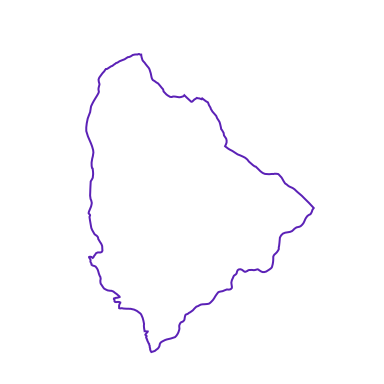 Pinchote, Santander, Colombia, rotated 167°
{"feature_id": "7082276B63332644683042", "entity_name": "Pinchote", "entity_type": "district", "adm_level": 2, "iso_a3": "COL", "parent_name": "Colombia", "parent_adm1": "Santander", "projection": "natural_earth1", "projection_center": [-73.171, 6.512], "detail": "fine", "context": "isolated", "style": "outline", "palette": "violet", "viewbox_px": 384, "rotation_deg": 167, "n_neighbors": 0, "source": "geoboundaries", "source_scale": "gbopen_adm2", "svg_char_len": 5965}
<svg xmlns="http://www.w3.org/2000/svg" viewBox="0 0 384 384"><g transform="rotate(167 192 192)"><path d="M77.0,149.0L77.5,149.9L80.5,155.1L83.8,160.3L85.9,163.7L89.1,168.0L90.2,169.6L91.5,171.6L93.1,173.3L94.7,174.5L96.0,175.5L97.1,176.7L98.1,178.1L99.1,179.1L99.4,179.5L100.3,182.0L100.8,183.8L101.5,186.0L102.6,187.9L103.5,189.5L104.0,190.1L105.2,190.6L107.3,191.2L108.5,191.2L110.0,191.6L112.9,192.0L116.8,193.2L118.4,194.3L119.5,195.4L120.7,196.9L122.7,200.1L124.2,202.4L125.2,202.9L126.6,204.5L127.6,205.9L129.7,208.8L130.8,211.2L132.4,213.3L134.0,214.7L136.6,216.7L139.1,218.4L143.4,222.9L145.3,224.5L146.8,225.9L148.3,227.7L149.1,228.6L149.5,229.2L149.1,229.7L148.4,230.5L147.2,232.4L146.7,234.3L146.7,236.3L148.1,239.9L147.9,242.5L148.8,245.4L149.1,246.1L149.4,246.6L149.3,248.5L149.3,251.8L149.4,253.8L149.9,255.5L150.9,258.2L151.3,260.7L154.0,265.8L155.0,268.9L155.0,270.0L155.9,272.7L156.3,275.7L158.1,277.4L161.0,280.9L161.7,280.2L163.9,281.6L165.2,282.0L166.1,282.6L168.0,281.8L168.7,281.7L171.3,280.1L172.0,280.0L172.5,280.2L175.9,285.2L177.7,288.0L178.1,287.6L179.1,287.2L181.5,287.0L183.2,287.2L187.1,288.8L189.0,289.3L190.3,289.1L191.9,289.6L193.8,291.4L195.0,292.8L197.1,296.4L197.0,297.5L197.2,298.8L198.0,300.2L199.2,302.7L200.6,305.4L202.0,306.7L202.6,307.4L203.5,308.5L205.0,309.9L205.2,310.6L205.5,311.4L205.6,312.9L205.5,316.9L205.8,320.8L206.0,321.9L206.5,323.2L207.0,324.1L208.4,327.0L209.0,328.5L210.3,330.8L210.6,331.7L210.8,334.9L210.7,336.5L210.6,337.3L211.5,337.4L212.1,338.1L212.7,338.4L213.4,338.4L214.0,338.2L214.7,338.4L216.7,338.8L218.9,338.8L221.4,337.9L222.9,337.7L224.3,337.8L227.8,336.5L230.6,336.1L233.2,335.7L235.6,334.8L236.8,334.8L237.8,334.3L239.6,333.6L241.2,332.8L242.4,332.7L244.4,332.0L246.2,331.3L247.3,331.0L248.3,331.2L249.5,330.2L250.4,329.3L252.2,328.1L253.2,327.3L256.3,324.6L257.1,323.7L257.8,322.4L258.0,320.3L257.9,318.8L257.9,317.8L258.3,316.9L258.8,316.0L259.7,314.2L260.1,312.7L260.2,310.6L260.7,309.7L261.8,308.4L263.1,307.0L264.8,305.3L267.4,302.6L268.9,300.9L270.9,298.4L271.1,298.1L271.9,296.2L272.2,295.4L272.8,294.0L273.3,292.7L274.0,291.7L275.4,289.6L277.1,287.0L279.1,282.6L280.5,278.7L281.3,275.2L280.9,269.7L279.5,262.0L279.1,258.9L278.9,255.1L279.2,252.6L280.6,249.1L281.7,247.0L283.1,243.6L283.4,242.5L283.9,240.0L284.0,238.4L283.9,237.5L283.5,237.2L283.9,233.8L284.3,231.7L285.5,228.2L286.3,227.2L288.3,225.1L289.4,221.3L290.5,217.4L291.1,215.1L292.1,211.4L292.4,208.0L292.1,206.6L292.1,205.3L292.1,203.9L292.7,202.4L293.6,200.6L296.8,196.1L297.5,194.7L297.3,194.0L296.6,192.9L296.6,192.1L297.5,190.8L297.8,187.1L298.0,183.4L298.2,179.6L297.8,177.3L296.9,174.3L296.4,172.7L294.7,170.8L294.0,169.6L293.8,168.5L293.9,167.2L293.7,166.7L292.8,163.8L292.2,162.3L291.9,161.1L291.7,159.5L292.5,154.9L293.6,153.8L295.1,153.7L296.4,154.1L297.6,154.3L299.3,153.9L300.4,152.8L301.8,151.7L302.7,150.6L303.6,150.1L304.1,150.6L304.6,151.3L305.9,151.9L306.9,151.8L307.0,151.4L306.2,149.1L306.2,148.3L306.6,147.3L306.6,146.6L306.4,145.7L306.1,145.0L306.1,144.6L306.3,143.8L305.7,143.0L304.8,142.4L303.7,141.8L302.7,141.0L301.8,139.0L301.4,137.6L301.2,135.9L301.1,133.4L300.8,131.1L300.4,129.9L300.5,128.0L301.3,126.1L301.6,124.0L301.5,122.9L301.2,122.3L300.1,119.3L299.4,117.7L298.1,116.5L296.3,115.1L294.3,114.3L292.6,113.8L291.0,112.7L289.6,110.9L288.4,109.6L287.1,107.8L286.1,106.4L286.2,105.9L287.9,105.8L288.5,105.8L290.3,106.0L292.0,105.8L292.2,105.2L291.8,104.6L291.9,103.8L292.1,102.9L291.7,102.2L290.8,101.8L289.0,101.6L287.7,101.2L286.7,100.5L286.8,100.1L287.3,99.7L288.1,98.7L288.7,97.4L289.1,95.2L288.8,95.0L288.1,94.7L286.6,94.6L284.8,93.8L282.4,93.1L278.1,92.0L274.8,90.4L272.4,88.5L269.7,85.3L269.1,84.2L268.4,80.5L268.3,77.7L268.4,74.3L269.0,72.4L269.3,70.2L269.5,67.1L269.3,67.1L268.9,66.9L267.8,66.4L267.1,66.2L266.5,66.1L266.5,65.9L267.7,65.0L269.4,63.7L269.6,63.4L269.1,62.6L268.6,61.8L268.7,61.6L268.8,61.4L269.1,61.3L269.3,61.1L269.4,60.9L269.4,60.6L269.3,59.7L269.1,59.3L269.2,59.0L268.9,58.3L269.0,57.5L269.0,57.2L268.7,56.5L268.7,56.2L268.6,55.8L268.5,55.4L268.4,54.9L268.3,54.2L268.1,54.0L268.0,53.8L268.1,53.7L268.0,53.1L268.0,52.2L267.9,51.8L267.8,51.5L267.9,51.2L268.0,50.9L268.1,50.5L268.1,49.9L268.0,49.4L268.0,48.9L268.1,48.6L268.2,48.0L268.1,47.0L268.1,46.8L268.1,46.7L267.6,45.2L266.0,45.3L264.0,45.5L262.2,46.4L260.5,47.1L259.1,48.3L258.5,49.1L258.0,50.0L257.7,50.9L256.8,52.0L255.7,52.7L254.4,53.1L251.6,53.8L249.8,54.0L245.7,54.0L241.2,54.4L239.6,55.4L238.1,56.8L236.9,58.2L235.5,60.5L235.0,61.7L234.7,63.8L234.4,64.9L233.4,66.3L232.6,67.1L231.7,67.6L230.3,67.7L228.7,68.6L228.1,69.3L227.3,71.3L226.7,72.6L226.0,73.7L225.1,74.1L224.0,74.1L223.1,74.4L222.2,74.9L220.9,75.2L219.0,76.0L217.8,76.5L215.7,78.0L213.5,79.3L211.7,79.5L210.4,79.9L208.8,80.3L207.0,80.2L205.4,79.9L203.5,79.6L201.8,79.4L200.5,79.4L199.5,79.8L198.4,80.4L196.7,81.5L195.7,82.2L194.1,83.7L192.8,85.1L191.3,86.5L190.0,87.6L188.8,88.5L187.7,88.6L186.4,88.6L184.5,88.5L182.1,88.9L179.9,89.2L178.5,88.7L177.0,88.5L175.8,88.8L174.8,89.5L174.5,90.3L174.4,91.0L174.3,92.6L174.1,94.7L173.3,96.5L172.7,97.5L171.5,99.0L170.9,99.9L170.0,101.0L167.8,101.9L166.9,102.6L165.9,104.5L165.1,105.5L164.0,106.0L162.4,105.9L161.1,105.2L160.4,104.5L159.2,103.0L158.3,102.3L157.4,102.3L156.6,102.5L155.7,102.6L154.8,103.1L153.8,103.1L152.2,102.8L150.9,102.5L149.3,101.9L147.9,101.8L146.8,101.9L145.5,101.9L144.8,101.5L144.2,100.7L142.4,98.9L141.2,98.1L139.6,97.7L137.6,97.8L133.7,99.2L131.8,100.1L130.9,101.0L130.4,102.0L129.6,103.5L128.7,105.7L128.2,107.3L127.7,109.2L127.4,110.6L126.6,111.8L125.6,112.6L124.8,113.0L123.0,114.1L121.3,115.6L120.3,116.8L119.9,118.6L119.3,119.8L118.2,122.9L116.6,127.8L114.9,129.7L112.8,131.0L110.4,131.4L107.6,131.2L105.4,131.1L103.4,131.4L101.7,132.3L100.5,133.1L98.2,134.0L95.0,134.0L93.8,134.3L92.2,135.2L90.6,136.4L89.4,137.8L87.7,140.1L86.6,141.3L84.9,142.7L83.2,143.4L81.6,143.7L80.4,144.9L79.7,145.8L78.6,147.6L77.0,149.0Z" fill="none" stroke="#5b21b6" stroke-width="2"/></g></svg>